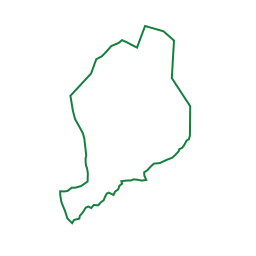 the district of São João do Sabugi, Rio Grande do Norte, Brazil, rotated 100°
{"feature_id": "56859067B32644205381825", "entity_name": "São João do Sabugi", "entity_type": "district", "adm_level": 2, "iso_a3": "BRA", "parent_name": "Brazil", "parent_adm1": "Rio Grande do Norte", "projection": "robinson", "projection_center": [-37.136, -6.688], "detail": "fine", "context": "isolated", "style": "outline", "palette": "green", "viewbox_px": 256, "rotation_deg": 100, "n_neighbors": 0, "source": "geoboundaries", "source_scale": "gbopen_adm2", "svg_char_len": 1176}
<svg xmlns="http://www.w3.org/2000/svg" viewBox="0 0 256 256"><g transform="rotate(100 128 128)"><path d="M95.8,70.5L71.3,93.5L33.9,97.9L26.6,109.8L24.6,128.9L36.3,131.1L47.3,133.1L43.9,143.7L42.5,149.2L45.9,152.0L50.1,158.6L56.1,162.3L61.8,166.1L65.8,171.2L80.7,173.8L106.3,190.3L120.5,185.3L128.2,181.8L140.9,171.6L146.0,169.2L162.5,164.3L165.1,164.5L169.0,163.8L172.5,162.7L174.8,161.3L179.5,159.7L187.7,158.5L190.0,160.8L193.3,164.1L196.0,169.7L196.5,172.9L200.6,176.8L201.5,179.7L202.1,183.8L205.4,183.2L211.3,181.2L213.9,179.9L220.5,175.7L227.5,172.0L231.4,166.5L228.0,165.2L226.7,162.5L225.7,160.2L222.9,160.2L219.4,158.1L213.7,155.7L212.2,153.4L213.2,150.3L209.8,148.4L209.3,143.9L206.4,142.2L203.1,139.3L200.2,138.8L196.4,137.6L195.0,135.8L196.4,130.6L192.9,129.7L190.2,127.0L186.3,126.4L183.8,124.1L181.6,125.3L180.7,122.7L179.7,119.1L179.1,115.8L177.6,113.7L177.3,109.3L177.4,105.4L176.0,101.0L172.1,103.6L168.8,104.4L166.5,101.8L164.1,100.3L160.9,98.1L158.6,96.3L157.0,90.6L152.5,84.1L149.5,79.2L147.0,77.2L142.2,74.1L139.8,73.7L138.2,71.3L136.0,70.1L133.6,69.2L130.2,68.1L128.5,66.1L124.8,65.7L95.8,70.5Z" fill="none" stroke="#15803d" stroke-width="2"/></g></svg>